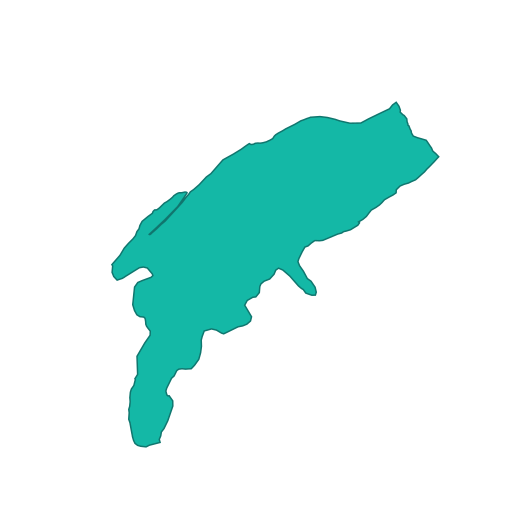 outline of Badrashain, Al Jizah, Egypt, rotated 235°
{"feature_id": "37247803B45225516611894", "entity_name": "Badrashain", "entity_type": "district", "adm_level": 2, "iso_a3": "EGY", "parent_name": "Egypt", "parent_adm1": "Al Jizah", "projection": "mercator", "projection_center": [31.25, 29.824], "detail": "fine", "context": "isolated", "style": "filled", "palette": "teal", "viewbox_px": 512, "rotation_deg": 235, "n_neighbors": 0, "source": "geoboundaries", "source_scale": "gbopen_adm2", "svg_char_len": 4172}
<svg xmlns="http://www.w3.org/2000/svg" viewBox="0 0 512 512"><g transform="rotate(235 256 256)"><path d="M301.5,459.0L301.4,454.5L300.0,449.8L302.3,436.0L302.5,434.6L303.1,431.0L303.8,426.6L304.0,424.8L304.3,422.1L304.4,421.5L304.8,418.1L310.9,409.1L318.5,402.2L319.8,401.2L322.7,399.1L323.0,398.8L325.6,396.5L328.2,394.2L328.5,393.9L328.8,393.6L331.4,390.7L333.3,388.6L333.6,388.2L338.1,380.7L338.3,380.5L338.8,378.5L339.4,376.6L340.1,373.5L341.0,370.3L341.6,363.2L342.5,357.2L343.1,353.3L343.3,349.6L343.9,344.7L344.0,341.7L343.7,339.8L342.6,337.1L342.7,335.5L342.9,333.5L343.3,331.6L343.5,330.1L344.8,326.6L345.9,324.3L347.6,322.1L348.8,319.9L349.0,318.0L350.2,315.8L351.9,315.0L352.0,312.9L352.0,309.4L351.9,305.1L352.4,296.9L352.4,296.2L352.5,295.4L353.2,288.9L353.7,284.0L351.5,275.1L349.3,266.3L349.3,266.2L349.2,260.7L347.0,250.4L346.2,243.1L346.2,239.0L345.5,237.3L344.7,234.6L344.7,234.4L344.0,231.8L342.2,226.3L341.5,223.1L340.4,218.4L338.2,208.2L336.7,201.6L336.3,196.5L335.2,189.9L334.7,184.5L334.5,183.0L334.3,182.3L334.4,182.0L334.4,181.8L334.4,181.3L334.5,181.2L334.9,180.9L335.0,180.9L335.0,181.0L335.1,181.5L336.2,189.9L338.1,202.6L341.4,220.2L345.4,231.1L347.3,235.8L348.0,235.7L349.1,234.6L350.2,232.0L350.2,231.9L350.6,231.2L351.2,230.3L351.2,230.1L351.8,229.5L352.3,227.9L352.5,226.0L352.5,223.3L352.0,221.3L351.7,218.3L351.6,214.1L351.9,211.3L350.8,204.5L350.7,201.3L351.9,199.3L351.5,197.2L350.4,195.6L350.3,190.2L349.7,182.6L347.6,178.4L345.4,175.8L344.3,172.5L341.8,169.0L340.6,165.0L339.5,158.8L338.0,152.6L334.5,144.8L334.5,144.7L331.6,133.0L330.1,132.9L325.1,128.7L324.1,128.5L322.8,128.2L320.8,127.7L315.9,128.4L315.4,130.2L314.4,133.5L314.2,135.6L314.2,137.3L313.9,142.6L313.5,150.2L313.3,153.7L311.6,157.4L308.5,160.1L301.8,160.7L301.0,160.8L299.1,160.3L298.7,157.9L299.6,154.5L301.1,148.8L302.1,144.0L300.2,138.7L293.5,132.9L286.8,127.1L281.0,125.2L276.2,124.7L272.9,126.1L270.4,129.0L268.5,129.4L265.6,128.0L263.3,126.6L261.3,126.1L258.9,126.1L255.1,126.3L251.8,123.8L248.6,115.1L242.1,101.0L226.9,91.1L224.9,86.4L224.0,86.3L220.0,81.7L218.5,77.6L216.5,75.0L212.4,71.5L208.9,69.4L208.3,68.9L205.3,66.3L203.3,63.8L200.3,62.2L195.2,58.1L191.6,57.1L190.6,56.6L185.4,54.2L179.4,51.5L178.9,51.2L175.0,49.9L173.6,49.7L171.9,49.4L168.8,50.4L166.3,52.4L162.7,56.5L162.2,60.1L158.3,70.5L161.3,71.6L163.3,74.8L166.1,77.5L167.4,81.6L171.7,89.3L180.8,101.8L185.1,104.7L188.9,104.7L191.3,104.7L191.8,103.7L193.3,103.3L195.8,104.2L197.1,104.7L199.0,107.1L204.3,116.7L204.7,120.1L207.0,124.3L207.6,125.4L207.6,127.8L206.1,130.7L203.7,133.5L202.3,135.9L200.8,138.3L201.8,143.1L204.2,149.9L208.5,155.1L213.3,159.5L218.5,162.9L220.9,165.7L224.3,170.6L223.3,173.4L221.8,177.7L218.0,181.1L212.7,183.5L210.8,184.9L210.3,187.8L208.3,200.7L206.4,205.0L205.4,209.4L205.9,214.2L208.8,217.5L215.5,218.0L222.2,218.5L224.6,223.3L224.1,229.6L222.6,232.4L224.1,237.7L228.8,241.6L230.3,244.0L230.7,248.3L229.3,254.0L230.7,260.3L233.1,264.1L233.1,267.5L229.2,269.9L220.1,272.2L207.2,273.6L203.3,274.6L201.4,275.5L199.0,275.5L197.1,275.5L195.8,276.4L193.7,277.9L191.8,279.3L189.9,282.2L191.8,284.6L195.8,286.2L196.6,286.5L203.8,286.6L208.1,285.1L216.3,286.1L223.0,286.1L227.3,287.1L229.2,289.5L231.1,292.9L233.0,296.3L235.3,301.2L234.4,304.4L234.9,308.7L234.9,313.0L232.0,316.9L230.5,319.7L228.1,330.8L227.1,335.5L225.7,339.4L225.7,341.8L224.7,344.2L223.3,348.5L222.8,357.1L223.8,359.8L225.1,359.5L224.7,364.5L225.1,369.1L226.5,373.4L227.5,376.8L227.0,382.0L227.0,386.4L227.5,389.7L228.4,393.5L227.9,399.3L227.4,403.1L227.4,407.0L229.8,408.9L230.3,411.8L230.7,414.2L229.8,418.5L228.3,422.8L227.8,426.1L226.9,430.4L227.3,434.3L227.8,438.1L228.1,440.8L228.3,442.4L229.2,445.8L229.7,449.1L231.1,456.3L232.0,460.2L232.5,462.6L233.3,462.5L235.2,462.2L237.3,461.9L238.0,461.6L240.8,461.0L243.7,461.7L245.5,461.7L246.9,461.7L250.6,461.8L251.6,461.8L253.2,461.8L256.6,459.1L260.3,456.1L264.0,453.6L267.6,453.9L269.4,454.8L271.9,455.1L273.4,455.5L275.0,455.9L276.0,455.5L277.1,456.2L279.2,456.7L281.9,458.2L283.7,458.1L286.0,458.0L287.6,457.3L288.8,457.1L291.2,456.6L292.6,457.9L296.7,459.0L301.4,459.0L301.5,459.0Z" fill="#14b8a6" stroke="#0f766e" stroke-width="1.5"/></g></svg>